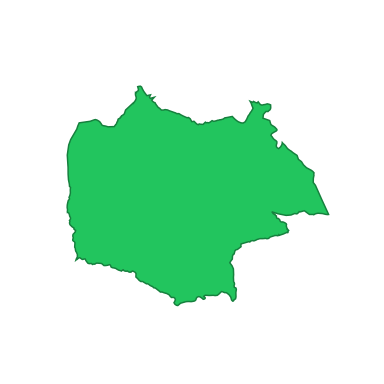 Juárez Hidalgo, Hidalgo, Mexico (Mercator projection), rotated 117°
{"feature_id": "50627088B76146080244750", "entity_name": "Juárez Hidalgo", "entity_type": "district", "adm_level": 2, "iso_a3": "MEX", "parent_name": "Mexico", "parent_adm1": "Hidalgo", "projection": "mercator", "projection_center": [-98.833, 20.836], "detail": "fine", "context": "isolated", "style": "filled", "palette": "green", "viewbox_px": 384, "rotation_deg": 117, "n_neighbors": 0, "source": "geoboundaries", "source_scale": "gbopen_adm2", "svg_char_len": 6047}
<svg xmlns="http://www.w3.org/2000/svg" viewBox="0 0 384 384"><g transform="rotate(117 192 192)"><path d="M304.4,263.9L302.2,263.0L301.7,262.5L301.5,261.8L301.8,260.1L301.9,259.2L301.6,258.6L301.2,258.3L300.4,257.3L300.2,256.7L301.2,255.5L301.9,254.2L302.7,252.5L302.7,251.9L302.3,250.6L301.4,249.4L301.4,248.8L301.8,247.9L301.6,247.5L300.9,247.1L300.4,245.8L299.7,245.5L299.1,245.1L298.6,244.6L296.9,240.6L296.8,239.9L297.5,237.1L297.0,236.0L296.5,235.2L295.5,233.8L294.2,232.6L294.1,232.1L294.5,231.2L295.6,230.0L295.6,229.7L295.6,228.7L295.0,226.7L294.7,225.1L294.9,223.6L294.9,222.0L294.4,218.9L293.8,218.8L293.4,218.4L292.7,218.2L292.5,217.8L292.8,217.3L293.0,216.7L292.9,215.9L292.5,214.6L291.8,213.9L291.9,211.8L291.7,211.1L291.3,210.6L291.2,210.0L290.6,210.0L289.4,209.1L289.3,208.2L289.3,206.5L290.0,204.9L293.2,203.4L293.8,201.2L294.7,199.0L295.0,197.0L294.1,195.2L294.3,193.8L294.5,190.9L294.0,190.2L293.9,188.7L294.3,187.0L294.3,185.0L294.1,184.4L294.6,183.0L294.7,182.5L294.2,181.1L295.1,176.4L295.5,174.8L294.7,173.2L294.5,171.3L293.9,168.2L294.0,165.6L294.9,163.9L295.3,162.4L294.7,161.4L294.2,160.2L294.5,158.9L295.4,158.0L297.1,157.7L298.8,157.8L299.4,156.9L299.8,156.1L300.0,154.4L299.6,153.1L296.3,151.7L293.0,148.2L292.0,146.9L290.9,144.9L290.1,143.0L288.8,141.2L287.8,140.1L286.4,139.6L284.8,139.9L283.4,139.7L282.3,138.8L281.8,137.3L282.1,134.9L282.5,133.3L282.0,132.6L281.0,132.0L280.3,132.2L279.9,132.9L279.9,134.0L278.9,134.0L277.9,133.2L276.4,129.7L274.4,126.2L273.8,124.4L272.6,122.6L271.0,121.8L267.3,120.5L267.0,119.4L266.9,117.4L266.1,115.6L266.7,112.4L268.1,109.7L270.2,107.8L270.8,106.3L270.5,105.8L269.7,105.5L269.1,105.7L267.4,104.7L265.5,105.2L261.6,107.3L258.6,108.3L257.6,109.3L257.7,111.0L256.4,112.0L254.7,112.3L253.7,113.1L253.0,114.2L249.1,116.4L246.9,117.3L241.7,120.2L239.5,122.9L237.9,126.2L236.9,126.0L237.1,125.7L236.6,126.2L233.5,125.6L230.8,126.8L228.8,126.9L228.1,126.3L225.6,126.9L224.6,127.0L223.8,126.8L222.5,125.4L218.5,123.5L218.3,123.8L216.0,124.7L210.6,119.0L210.3,117.8L208.9,117.3L207.7,115.8L207.5,114.7L205.8,113.1L205.2,112.9L202.7,110.3L200.8,106.6L200.1,106.0L199.6,104.0L198.8,102.9L197.8,102.3L196.6,101.9L193.6,98.8L193.1,98.5L192.9,97.9L192.1,96.4L192.2,96.1L191.2,94.8L191.0,95.1L190.6,95.2L190.7,94.3L187.9,91.5L184.7,89.0L185.0,88.8L184.8,88.4L184.5,88.5L184.1,88.2L183.6,88.6L182.4,88.4L182.1,89.1L182.0,90.3L181.5,90.3L181.2,90.7L181.1,91.2L180.2,91.8L179.8,92.4L178.9,92.8L177.9,93.1L177.6,93.5L177.3,94.7L177.3,96.7L177.5,97.7L178.0,98.3L178.2,99.2L177.7,100.6L176.9,101.3L176.5,102.6L176.4,103.2L176.7,103.7L176.8,104.5L176.0,105.4L175.4,105.7L175.0,106.0L175.0,107.1L174.4,107.7L174.5,108.4L174.4,110.0L173.9,110.7L173.6,111.4L173.3,111.4L172.4,105.7L170.1,97.5L167.5,93.3L164.6,90.8L163.9,88.7L163.4,88.3L161.0,87.4L160.8,87.5L160.6,86.6L160.2,86.1L157.7,83.4L158.7,77.2L156.9,73.6L157.0,73.2L155.2,72.0L153.7,70.1L152.0,66.0L151.2,62.6L150.5,60.8L150.0,60.1L149.9,60.2L139.4,73.5L130.0,85.1L128.5,88.3L124.7,90.1L121.8,90.9L120.5,91.8L119.6,91.9L118.9,93.5L118.5,95.4L118.4,101.1L117.2,105.0L115.3,108.2L114.6,112.0L111.7,115.0L111.1,120.0L110.6,122.0L110.5,123.7L110.1,126.0L109.6,127.4L108.3,129.9L107.7,131.8L107.6,132.6L107.0,134.0L108.4,133.5L109.3,133.4L111.1,133.5L111.7,133.6L114.0,134.5L114.0,136.0L113.5,137.1L112.6,137.9L111.3,138.3L109.8,138.6L108.5,139.4L108.1,140.8L107.9,142.6L107.4,144.0L106.3,145.9L105.8,147.3L104.8,147.5L103.7,147.4L101.2,145.9L99.5,144.7L98.9,144.5L98.3,144.4L97.9,144.6L97.6,145.0L96.6,147.7L96.4,149.3L96.3,151.0L96.0,152.4L93.1,155.2L94.0,162.3L90.4,163.6L86.7,162.7L85.8,160.8L84.9,160.6L83.6,159.9L82.2,159.8L81.0,160.2L78.7,161.5L78.8,163.1L79.3,165.0L80.7,166.4L81.8,168.0L82.7,168.9L82.9,169.3L83.0,171.0L81.6,174.0L83.0,174.3L83.4,175.8L83.4,178.4L84.6,178.7L84.8,181.4L86.1,179.5L87.7,177.9L89.7,175.6L92.9,175.7L95.2,176.1L96.7,176.1L98.7,176.5L102.3,176.3L105.3,176.5L107.3,177.7L108.1,179.6L108.4,182.6L108.2,184.2L107.8,186.2L107.2,188.2L106.4,190.4L109.8,194.7L111.0,196.4L112.8,197.3L114.4,199.0L115.1,200.1L116.0,201.0L116.5,201.8L117.7,202.9L119.2,204.7L119.3,206.5L121.4,207.5L122.7,208.4L123.3,210.1L123.9,210.8L123.7,211.8L126.7,212.8L127.7,215.0L128.1,216.5L129.2,217.0L129.3,218.6L128.4,221.3L128.1,222.4L128.8,223.2L129.4,224.2L127.6,226.8L127.2,228.9L128.1,230.2L128.3,234.1L128.3,236.9L128.1,239.2L129.1,241.2L129.0,242.4L129.9,249.0L130.0,251.0L130.8,253.4L132.0,254.7L132.9,256.5L132.1,258.9L132.0,260.5L130.2,264.1L129.2,265.5L129.4,266.7L129.1,268.2L128.4,269.6L124.7,268.6L127.5,271.7L126.7,273.0L124.3,273.1L126.6,275.9L126.6,276.1L124.3,280.6L122.6,283.1L121.4,284.5L121.1,285.9L121.9,287.2L122.8,288.2L124.8,286.4L126.1,285.9L127.6,286.7L129.4,286.8L129.2,287.4L130.4,286.9L131.7,286.0L132.7,284.9L134.2,284.1L136.0,284.0L137.7,284.2L139.5,284.5L139.3,284.8L149.1,288.4L153.1,287.8L154.2,288.2L155.6,289.0L156.1,289.4L157.1,289.2L157.6,289.7L158.0,289.8L158.7,289.6L159.3,290.0L160.4,290.8L160.9,290.9L161.8,290.5L162.3,290.6L163.1,290.3L163.7,290.6L165.3,290.3L166.2,290.4L166.7,290.7L167.2,290.6L167.7,290.8L169.0,290.9L170.4,293.5L172.0,296.3L172.5,298.9L173.2,301.3L173.3,302.5L172.2,304.3L171.2,306.3L171.0,309.1L171.3,310.9L172.0,311.8L175.2,314.8L180.4,322.2L181.6,323.9L185.2,323.7L188.3,323.2L200.3,323.9L206.0,323.2L215.7,319.9L226.5,313.5L232.3,310.5L237.2,307.6L240.6,304.9L242.6,303.7L243.1,302.3L245.2,301.5L248.1,299.9L250.3,299.3L252.7,299.1L253.3,298.4L253.8,298.0L254.7,298.1L255.6,298.4L257.9,297.9L260.3,297.2L262.5,296.2L264.4,294.8L266.0,294.2L266.8,293.7L266.5,293.4L266.7,292.3L267.8,291.0L269.0,290.1L270.2,288.5L271.2,288.0L273.1,288.2L273.5,287.5L275.2,287.1L276.5,285.9L277.4,283.2L277.7,280.8L278.6,280.4L279.0,279.2L279.0,278.3L280.6,277.9L281.6,278.2L282.5,278.3L283.4,278.7L284.5,278.6L285.8,277.9L286.7,277.0L288.4,276.7L289.4,276.1L289.7,274.3L290.1,273.5L290.5,273.2L294.4,271.5L295.0,270.6L297.1,269.1L297.8,268.3L298.1,267.6L299.7,265.8L301.8,264.7L304.3,264.7L305.3,264.5L304.6,264.2L304.4,263.9Z" fill="#22c55e" stroke="#15803d" stroke-width="1.5"/></g></svg>